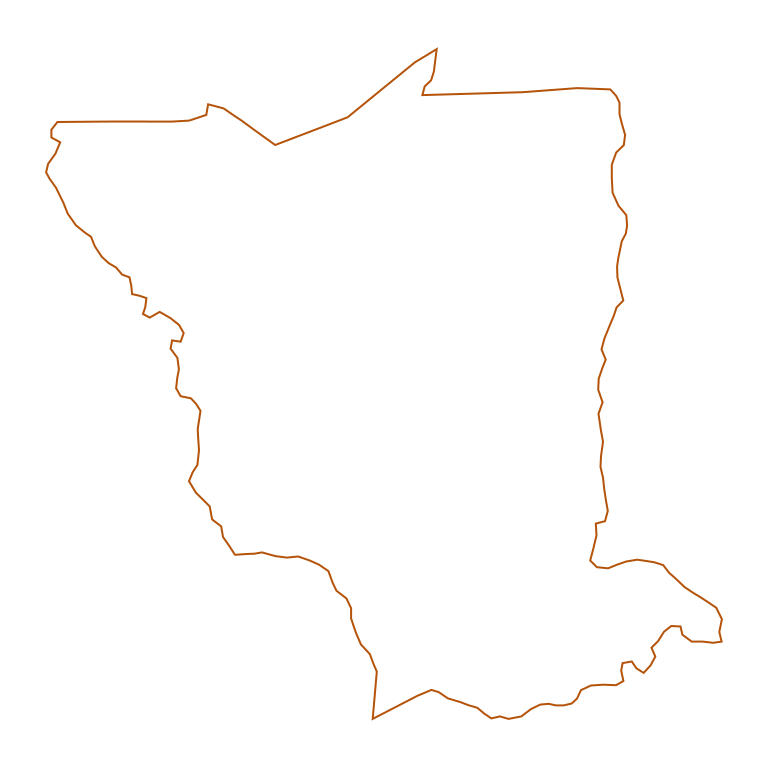 the district of Nordestina, Bahia, Brazil
{"feature_id": "56859067B76720790859008", "entity_name": "Nordestina", "entity_type": "district", "adm_level": 2, "iso_a3": "BRA", "parent_name": "Brazil", "parent_adm1": "Bahia", "projection": "orthographic", "projection_center": [-39.446, -10.879], "detail": "fine", "context": "isolated", "style": "outline", "palette": "amber", "viewbox_px": 768, "rotation_deg": 0, "n_neighbors": 0, "source": "geoboundaries", "source_scale": "gbopen_adm2", "svg_char_len": 2596}
<svg xmlns="http://www.w3.org/2000/svg" viewBox="0 0 768 768"><path d="M57.4,122.0L51.4,129.7L51.4,137.5L60.2,142.3L55.4,153.7L48.1,163.8L46.1,172.4L49.7,178.9L56.1,187.9L63.4,202.8L67.7,213.6L75.9,225.3L84.9,232.6L91.0,236.8L94.9,246.4L101.7,256.7L108.6,263.1L116.1,267.5L122.1,274.6L129.5,277.3L131.3,285.9L132.1,294.1L139.3,295.7L146.4,298.1L145.3,307.0L143.0,314.0L149.7,317.6L159.7,311.9L170.4,318.1L179.0,324.9L183.7,333.1L180.6,341.7L172.1,340.4L170.6,348.7L177.4,357.9L178.9,369.3L177.3,377.8L176.1,388.2L180.6,396.2L190.9,398.3L196.1,403.9L200.5,410.8L199.3,418.6L197.7,429.1L198.2,438.4L199.0,450.3L197.4,464.9L192.6,472.4L189.0,481.2L195.9,492.7L202.1,498.8L209.7,506.4L212.1,519.4L221.2,526.4L223.0,537.0L228.9,545.4L235.0,554.8L246.5,554.0L254.4,553.7L262.0,552.4L275.3,556.1L286.8,557.6L298.2,556.5L309.7,560.5L318.9,564.6L328.4,571.1L332.7,582.9L336.5,590.8L346.4,598.4L351.1,608.2L351.1,618.4L353.6,626.1L356.4,633.9L360.9,644.4L369.9,654.2L373.5,663.9L376.8,671.6L372.7,718.9L417.6,695.7L424.4,692.9L431.4,689.9L438.7,692.1L447.9,698.4L460.4,702.1L468.2,705.1L477.3,707.8L484.4,713.7L491.4,718.4L499.9,716.4L508.6,718.9L521.4,716.4L530.9,709.1L540.2,704.6L548.6,703.8L555.8,705.4L563.7,705.4L571.7,703.5L577.0,698.6L581.0,690.1L591.0,685.5L603.3,684.7L616.0,685.2L623.4,681.0L621.2,670.6L622.6,663.1L631.8,661.5L636.4,668.3L643.6,672.9L650.5,665.5L655.3,656.6L651.5,647.7L658.1,641.1L664.0,631.7L671.3,626.0L680.5,626.5L682.4,634.7L691.7,641.6L702.8,641.6L713.2,642.8L721.6,641.6L719.3,631.9L721.9,619.2L716.3,607.8L707.9,602.1L700.4,597.2L692.5,592.4L684.7,587.2L675.7,578.6L669.2,572.9L663.2,565.1L654.4,562.3L646.4,561.0L637.3,559.7L626.2,561.5L617.3,564.6L608.1,568.3L596.9,567.2L590.2,560.5L593.3,548.8L596.5,535.3L595.8,523.6L605.0,521.2L607.8,510.9L605.8,499.6L604.1,488.0L603.0,477.6L600.5,467.0L601.0,456.3L603.0,441.7L601.0,430.8L599.8,422.7L598.5,413.7L602.6,402.3L598.2,389.7L598.7,378.8L602.3,368.2L605.7,359.6L601.5,349.3L604.6,338.0L609.8,325.3L613.8,315.7L616.6,307.4L623.3,300.5L620.7,290.3L617.4,277.3L617.1,266.4L618.2,258.6L620.2,248.9L621.8,241.2L625.8,233.7L627.1,225.6L626.3,215.1L618.5,205.8L612.6,192.8L611.8,178.0L611.8,164.7L616.2,152.5L623.8,145.1L625.1,134.9L621.8,123.5L619.5,114.1L619.5,102.7L616.2,95.9L610.3,89.4L577.1,88.1L522.6,92.2L422.4,95.1L424.7,86.4L431.1,80.3L433.9,71.5L435.0,62.4L436.7,49.1L414.8,62.4L355.9,110.5L347.6,117.3L275.2,145.0L255.6,130.9L241.6,120.6L234.9,116.2L223.6,108.4L208.1,104.3L206.3,114.9L189.2,120.6L171.8,121.6L157.0,121.6L124.1,121.5L102.1,121.6L57.4,122.0Z" fill="none" stroke="#b45309" stroke-width="2"/></svg>